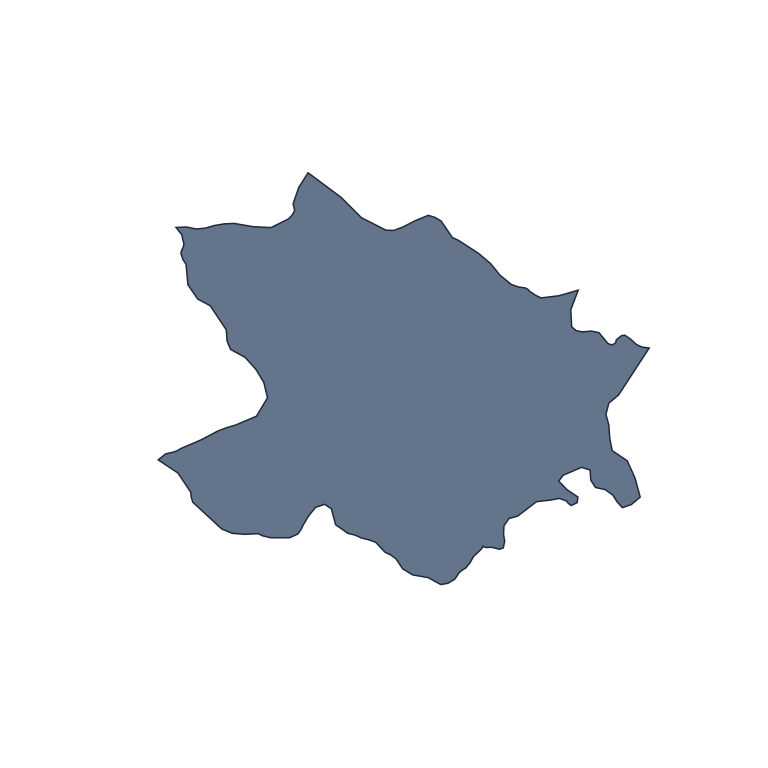 SVG path tracing the border of Sivas, rotated 48°
{"feature_id": "TUR-2295", "entity_name": "Sivas", "entity_type": "Province", "adm_level": 1, "iso_a3": "TUR", "parent_name": "Turkey", "parent_adm1": "", "projection": "equal_earth", "projection_center": [37.51, 39.556], "detail": "fine", "context": "isolated", "style": "filled", "palette": "slate", "viewbox_px": 768, "rotation_deg": 48, "n_neighbors": 0, "source": "natural_earth", "source_scale": "10m", "svg_char_len": 2138}
<svg xmlns="http://www.w3.org/2000/svg" viewBox="0 0 768 768"><g transform="rotate(48 384 384)"><path d="M504.0,190.5L507.7,188.2L508.4,184.3L506.6,181.8L507.0,175.2L508.8,172.4L515.8,170.7L523.8,169.9L529.6,167.3L534.7,162.8L549.1,216.9L548.7,229.8L555.1,239.4L564.8,244.3L575.5,252.6L586.2,259.0L603.9,254.6L622.1,260.5L639.5,269.3L639.1,280.9L635.4,289.6L627.5,289.6L619.6,288.3L610.5,290.3L602.4,296.1L593.9,294.7L585.8,288.4L578.1,293.0L571.7,311.9L573.1,319.1L585.1,318.7L597.8,315.5L601.4,319.9L599.6,326.2L596.3,326.9L592.7,326.8L586.3,330.3L581.8,337.8L573.5,349.4L571.6,373.2L567.6,381.1L569.7,389.8L575.8,395.8L581.6,399.5L585.6,405.0L584.2,408.7L578.0,412.8L576.1,414.7L574.6,416.7L573.0,418.3L570.8,418.9L571.7,421.4L572.0,425.3L572.1,433.1L574.4,439.5L575.4,446.4L574.7,450.4L574.5,454.8L575.6,458.4L576.4,462.1L574.9,469.8L571.1,476.0L557.5,480.7L545.1,490.4L533.8,493.8L522.1,492.1L515.8,493.3L509.8,495.8L496.2,496.1L489.8,499.4L483.6,503.7L477.0,506.6L470.8,510.8L456.2,514.1L441.4,506.6L433.7,508.6L429.9,517.5L431.6,528.3L434.8,538.6L436.8,543.4L437.8,548.5L435.0,557.2L422.6,571.0L415.1,576.1L411.2,577.5L402.3,588.3L393.4,596.7L383.2,601.6L343.9,605.2L339.4,603.1L335.0,600.0L312.3,596.7L289.3,602.6L289.8,593.1L294.0,585.4L295.3,582.0L296.0,578.2L303.1,557.3L307.7,539.1L311.1,530.3L315.1,522.0L322.6,500.3L316.3,479.8L302.5,472.3L287.5,469.4L271.3,469.4L255.6,474.9L246.9,471.8L238.3,465.0L209.6,460.8L196.2,465.6L179.0,463.3L162.6,451.0L156.9,450.1L151.3,447.7L149.8,445.9L147.6,441.0L146.0,438.9L137.6,434.4L128.5,433.8L135.1,425.8L143.1,419.9L148.6,412.5L152.9,403.7L158.3,395.3L164.4,387.9L179.4,376.1L192.2,363.3L197.4,344.6L197.0,339.2L195.3,334.3L189.2,330.9L180.9,315.8L176.2,299.1L216.7,291.0L245.4,289.5L271.0,279.6L276.5,273.9L279.9,265.1L283.6,251.4L288.3,238.2L294.4,234.6L301.1,232.5L320.9,235.2L327.2,232.5L349.9,226.4L365.9,224.2L380.6,225.0L395.1,222.8L401.5,219.4L407.5,214.5L409.9,213.7L412.5,213.7L418.9,212.2L425.1,209.7L435.5,194.9L444.2,176.9L453.8,195.5L467.1,206.3L473.1,205.4L478.2,201.5L483.4,194.5L489.7,189.9L504.0,190.5Z" fill="#64748b" stroke="#1e293b" stroke-width="1.5"/></g></svg>